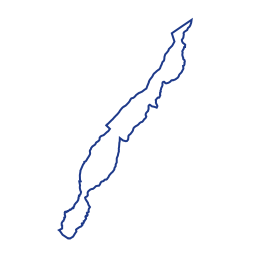 the district of Goicoechea, San José, Costa Rica, rotated 308°
{"feature_id": "36466004B79132997728490", "entity_name": "Goicoechea", "entity_type": "district", "adm_level": 2, "iso_a3": "CRI", "parent_name": "Costa Rica", "parent_adm1": "San José", "projection": "orthographic", "projection_center": [-83.99, 9.957], "detail": "fine", "context": "isolated", "style": "outline", "palette": "blue", "viewbox_px": 256, "rotation_deg": 308, "n_neighbors": 0, "source": "geoboundaries", "source_scale": "gbopen_adm2", "svg_char_len": 5860}
<svg xmlns="http://www.w3.org/2000/svg" viewBox="0 0 256 256"><g transform="rotate(308 128 128)"><path d="M74.4,114.4L73.7,115.0L71.5,115.1L65.0,116.8L64.3,117.4L63.8,117.6L63.2,118.0L61.3,119.0L57.7,122.0L56.8,123.6L56.0,123.0L55.8,122.6L53.2,125.6L52.2,126.1L51.0,127.0L49.3,129.1L49.0,129.9L48.7,130.4L46.9,131.2L45.9,131.3L44.6,130.9L44.5,131.0L44.5,131.3L44.4,131.6L43.2,131.6L42.8,131.8L42.3,132.1L42.0,132.5L41.4,132.6L40.6,133.1L39.9,133.1L39.3,133.3L38.1,133.3L37.7,133.2L37.0,133.1L35.0,133.1L34.3,133.2L33.2,133.7L32.0,133.7L31.9,133.9L31.7,134.2L31.3,134.3L31.0,134.2L30.8,134.1L30.6,133.5L28.1,133.1L27.9,132.9L27.9,132.5L25.5,132.0L25.3,131.8L25.2,131.4L24.0,131.4L23.9,130.6L23.2,130.0L22.4,130.2L21.6,131.0L20.7,131.5L20.4,132.2L19.7,132.9L19.2,133.2L18.7,133.4L18.3,133.4L18.0,133.0L16.9,133.9L15.5,134.1L15.1,134.3L14.3,134.0L12.2,134.3L10.6,135.6L10.7,136.1L8.2,138.0L5.0,136.5L5.0,137.6L3.6,142.2L4.1,148.9L4.8,149.2L5.1,150.3L8.6,151.6L13.1,151.1L14.6,151.1L15.8,149.7L16.6,149.7L18.4,150.3L20.0,150.8L21.6,151.7L23.4,151.8L24.1,150.5L24.7,150.5L25.3,151.5L26.3,151.3L26.7,151.2L27.0,151.0L27.3,150.5L27.6,150.6L27.8,150.8L28.3,151.0L28.9,150.8L30.6,150.8L30.9,150.7L31.4,149.8L31.8,149.7L31.8,149.1L32.1,148.9L33.0,148.9L33.4,149.4L33.7,149.9L34.7,149.7L34.9,149.5L35.1,148.7L35.7,147.9L36.3,147.9L36.7,148.4L37.6,148.7L38.0,148.5L38.5,147.8L39.2,147.4L39.8,147.1L40.3,146.9L42.3,146.7L42.5,146.0L42.7,145.3L42.9,144.9L43.0,144.4L43.4,143.7L43.8,143.2L44.5,142.2L44.9,140.6L45.2,140.2L45.5,139.0L46.0,138.0L46.8,137.0L47.6,137.2L48.6,137.7L50.0,137.8L50.6,137.5L50.8,137.2L51.2,136.8L52.2,136.0L52.7,135.8L53.7,135.7L54.0,135.7L56.3,136.2L57.0,136.6L57.9,137.2L58.2,137.7L58.6,137.9L59.7,138.2L61.2,138.4L61.7,138.4L62.5,138.6L63.1,139.1L63.6,139.5L64.0,140.0L64.8,140.7L66.2,140.6L66.6,140.5L67.5,140.3L67.9,140.1L69.2,140.1L70.1,140.6L71.1,141.4L72.4,141.4L73.3,141.7L73.6,142.2L73.7,142.4L74.1,142.7L74.7,142.9L76.9,142.8L77.5,142.8L78.9,142.4L81.8,142.5L84.1,142.9L86.5,142.8L87.2,142.6L87.7,142.2L88.2,142.0L88.7,141.9L90.2,141.8L90.5,141.7L91.2,141.0L92.2,140.6L93.9,140.3L97.2,137.8L98.4,137.4L99.0,137.3L100.2,136.9L102.1,135.9L103.8,135.3L104.7,134.5L105.3,134.2L105.8,133.7L106.4,133.2L107.3,132.8L110.3,130.8L110.8,130.4L112.5,129.6L115.1,127.7L115.1,127.8L115.1,129.9L115.1,131.8L116.2,134.3L116.8,134.9L117.2,135.2L118.8,135.2L119.4,135.0L119.7,134.7L120.8,134.1L121.4,133.6L122.1,133.2L123.5,133.2L124.5,133.6L127.9,133.6L129.0,133.4L131.2,132.5L132.3,132.5L133.2,132.7L134.2,133.0L136.1,133.8L137.6,134.1L138.7,134.1L139.9,134.4L140.8,134.8L141.4,135.3L142.1,135.5L143.8,135.5L144.2,135.4L145.2,135.4L146.1,135.7L146.9,135.7L148.3,135.4L148.6,135.0L148.6,134.6L149.1,133.9L149.3,133.7L150.1,133.4L150.5,133.1L152.0,133.1L153.8,133.3L154.1,133.1L155.7,132.5L156.1,132.1L157.3,131.2L158.0,130.6L158.5,130.5L159.6,130.7L159.8,131.1L159.8,133.6L160.3,134.5L160.8,135.4L161.6,137.7L161.7,138.1L162.8,137.9L163.4,137.6L163.7,137.2L164.5,135.4L165.1,134.4L166.7,133.3L167.1,132.6L170.1,132.7L170.3,132.8L170.5,133.3L171.2,133.9L171.7,133.8L172.1,133.5L173.2,133.5L173.5,133.4L173.8,133.1L174.2,132.5L174.8,132.3L175.1,131.9L175.4,131.6L176.8,131.5L177.1,130.8L178.8,130.2L179.3,129.9L180.3,129.5L181.6,129.3L182.8,128.9L183.5,128.4L184.0,127.9L184.6,127.5L185.3,127.2L186.1,127.4L186.7,128.1L186.7,128.5L186.4,129.3L186.4,129.7L186.6,130.2L186.6,130.5L187.0,130.9L188.2,131.8L189.4,132.4L190.7,132.8L191.9,132.8L192.6,133.1L193.1,133.6L193.1,133.9L193.4,134.2L194.2,134.6L194.7,135.0L195.5,135.4L196.3,135.7L196.7,135.7L197.9,136.2L199.6,136.2L200.4,136.0L200.7,135.8L201.5,135.6L202.7,135.6L203.8,135.8L205.6,135.8L206.6,135.5L208.1,135.3L208.9,135.1L210.8,133.2L211.2,133.5L211.5,133.6L212.0,133.6L212.6,133.4L213.1,133.2L213.8,132.7L214.2,132.2L214.6,132.1L214.9,132.1L215.4,131.8L216.0,131.1L216.3,130.6L216.3,129.3L216.4,129.0L217.5,128.1L217.8,127.4L219.0,125.8L221.2,124.5L221.7,123.7L222.0,123.5L222.8,123.4L223.7,123.2L224.5,123.2L226.3,122.4L226.9,123.1L228.9,121.7L228.9,118.8L229.5,117.4L230.5,116.2L233.2,116.0L236.2,114.3L236.9,113.4L238.4,113.2L241.7,114.3L243.6,113.7L245.7,114.1L247.2,113.9L249.8,113.0L252.4,111.5L241.0,107.8L229.6,104.2L224.7,111.4L220.1,112.2L215.3,111.6L213.9,112.2L211.1,112.2L209.0,112.0L207.1,112.7L206.4,113.0L204.8,114.1L203.8,114.6L203.2,114.8L202.5,114.8L201.8,114.6L201.2,114.6L200.9,114.7L200.1,114.9L198.8,115.4L196.8,115.8L194.8,116.5L193.4,116.5L192.0,116.0L189.9,115.5L189.4,115.5L187.0,115.0L185.9,115.0L183.5,115.5L179.5,115.5L177.8,115.8L177.4,115.9L177.2,116.1L176.6,116.4L176.0,116.5L174.0,117.1L173.7,117.1L170.4,118.2L168.5,117.5L165.3,116.7L164.2,116.1L163.9,116.0L163.6,115.8L162.9,115.5L162.7,115.2L161.3,114.7L161.0,114.7L160.9,114.6L159.0,114.1L157.3,114.1L157.1,114.0L156.4,114.0L155.0,113.6L153.4,112.4L151.8,112.4L151.3,112.6L150.8,112.6L150.1,112.8L148.1,112.8L146.6,112.6L145.9,112.6L145.0,112.4L144.4,112.4L143.8,112.2L143.6,112.1L143.3,112.0L143.0,111.8L142.6,111.8L142.3,111.5L141.8,111.4L141.5,111.3L140.8,111.1L139.9,111.1L139.7,111.0L136.6,111.0L135.5,111.2L132.9,111.2L132.6,111.1L131.5,111.1L130.6,110.9L128.2,110.7L127.9,110.6L126.2,110.6L125.9,110.5L125.1,110.5L123.9,110.2L123.3,110.2L122.6,110.1L122.1,110.1L121.6,109.9L120.9,109.9L117.9,109.5L117.9,109.4L117.5,109.4L117.0,109.2L116.7,109.2L116.2,114.3L113.2,114.4L112.5,114.1L111.1,113.8L107.8,113.3L107.5,113.1L107.3,113.1L106.7,112.8L105.5,112.0L104.5,111.6L103.0,111.6L102.6,111.8L101.9,112.4L101.1,112.8L100.0,112.8L98.4,112.4L97.8,112.1L97.1,111.9L96.4,111.9L95.9,112.1L95.2,112.2L94.3,112.2L93.6,112.0L93.3,111.8L92.1,111.5L91.7,111.3L89.5,111.3L88.3,111.8L86.9,111.8L86.0,112.4L85.5,113.0L84.8,113.7L84.1,114.1L83.6,114.3L81.8,114.6L81.1,114.6L80.7,114.7L80.2,114.8L78.9,114.8L78.2,115.0L76.2,115.2L75.7,115.1L75.2,114.9L74.4,114.4Z" fill="none" stroke="#1e3a8a" stroke-width="2"/></g></svg>